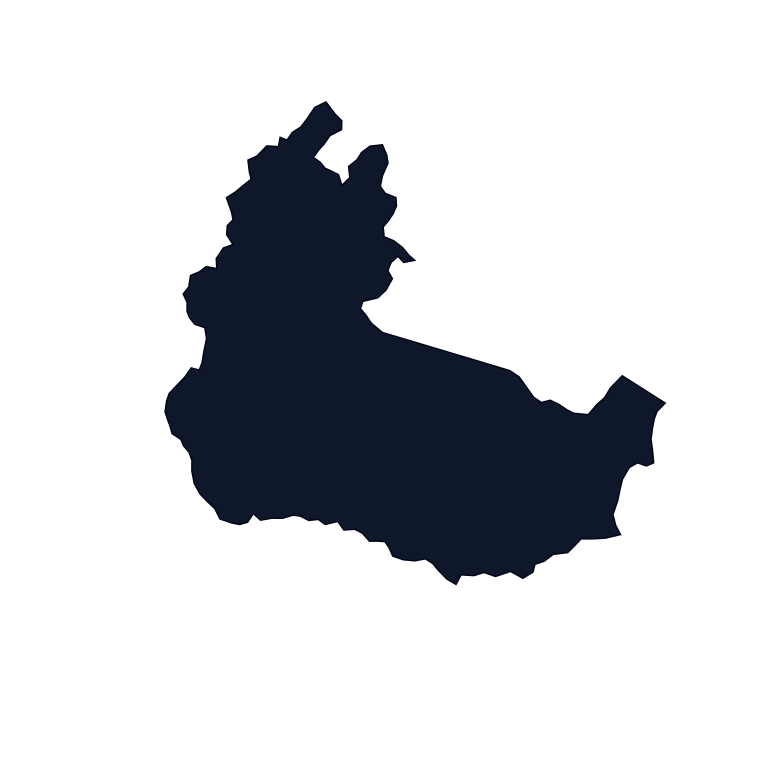 Monte Carlo, Santa Catarina, Brazil, rotated 233°
{"feature_id": "56859067B19994928117719", "entity_name": "Monte Carlo", "entity_type": "district", "adm_level": 2, "iso_a3": "BRA", "parent_name": "Brazil", "parent_adm1": "Santa Catarina", "projection": "orthographic", "projection_center": [-50.914, -27.197], "detail": "fine", "context": "isolated", "style": "filled", "palette": "ink", "viewbox_px": 768, "rotation_deg": 233, "n_neighbors": 0, "source": "geoboundaries", "source_scale": "gbopen_adm2", "svg_char_len": 2307}
<svg xmlns="http://www.w3.org/2000/svg" viewBox="0 0 768 768"><g transform="rotate(233 384 384)"><path d="M639.3,472.1L640.1,462.2L637.1,453.3L643.5,449.5L637.1,442.5L644.7,433.7L642.5,419.6L644.7,410.1L634.4,404.1L627.5,401.1L627.3,392.3L626.8,380.1L627.6,370.3L619.7,367.8L612.8,365.6L606.0,362.3L604.8,354.2L598.0,348.2L586.3,347.3L589.3,337.5L585.1,325.5L576.8,319.9L584.8,312.7L584.7,304.1L587.1,294.8L579.1,286.6L576.7,277.8L567.7,275.9L560.7,270.5L553.9,268.6L545.6,268.8L536.9,274.8L527.0,269.6L518.0,259.3L510.3,251.3L506.4,244.8L512.9,239.7L509.5,229.5L507.3,215.9L505.7,206.7L501.2,200.1L493.5,192.4L485.7,189.7L478.7,187.6L471.9,184.9L462.0,188.4L455.2,186.7L446.9,187.2L438.5,184.6L430.2,178.2L418.8,172.6L406.6,170.9L395.5,172.3L386.5,173.9L374.9,171.8L364.9,178.6L358.7,184.1L355.7,191.9L359.1,201.7L349.6,203.4L344.3,213.7L337.8,222.2L334.1,232.3L328.8,237.7L320.3,241.8L315.4,250.0L307.2,252.5L302.1,264.4L291.5,264.1L285.7,273.1L278.1,276.9L267.2,277.8L262.6,284.1L257.6,289.8L250.5,289.6L241.3,287.4L232.1,293.6L224.3,302.1L219.4,311.9L211.3,314.9L203.3,315.2L190.1,316.9L180.6,320.9L185.2,330.7L176.8,340.6L173.4,350.4L163.2,357.2L158.2,372.2L145.3,378.0L144.1,389.7L149.2,396.1L146.1,405.1L146.1,416.6L138.8,429.3L140.3,439.6L141.7,448.2L134.7,457.5L127.6,468.2L121.4,482.3L131.8,484.0L142.0,488.3L150.3,500.6L157.6,508.8L164.5,517.2L169.7,529.7L168.5,539.0L160.7,544.2L158.8,551.9L168.2,557.8L179.3,564.1L187.3,572.0L193.7,579.1L197.8,585.6L199.5,597.1L247.2,579.2L244.6,562.6L240.3,551.8L239.5,541.6L236.6,528.7L246.3,518.0L253.6,514.4L262.4,511.4L271.0,507.0L274.5,498.5L283.6,495.5L295.8,495.9L308.3,496.2L319.2,492.4L426.0,413.8L440.1,410.5L450.3,411.0L458.3,410.5L462.7,416.8L456.6,431.0L457.8,442.1L463.1,454.1L472.3,455.3L476.8,462.9L477.6,472.1L469.2,472.9L464.3,483.0L471.6,481.4L482.1,480.9L492.7,477.9L501.6,472.7L509.9,477.9L511.8,486.0L514.5,493.7L518.6,501.0L525.7,505.7L535.6,499.7L544.1,500.0L551.3,508.2L558.1,520.2L565.3,524.0L576.0,526.7L582.4,515.9L582.4,505.4L579.4,497.7L579.0,486.6L569.4,480.9L568.0,469.9L578.5,473.6L585.3,470.3L591.8,466.8L599.4,466.5L607.5,464.0L610.2,472.8L611.7,480.6L614.9,490.3L612.7,503.2L619.6,508.7L629.0,507.4L636.6,507.4L644.2,507.4L646.6,495.1L642.4,483.1L639.3,472.1Z" fill="#0f172a" stroke="#020617" stroke-width="1.5"/></g></svg>